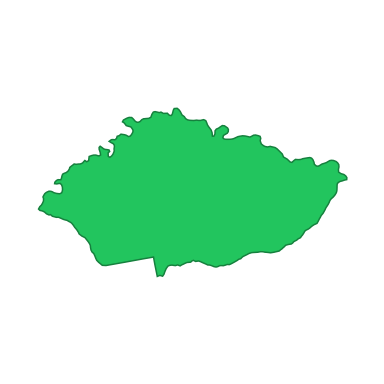 the district of Angélica, Mato Grosso do Sul, Brazil, rotated 327°
{"feature_id": "56859067B10068689760359", "entity_name": "Angélica", "entity_type": "district", "adm_level": 2, "iso_a3": "BRA", "parent_name": "Brazil", "parent_adm1": "Mato Grosso do Sul", "projection": "albers", "projection_center": [-53.859, -22.058], "detail": "fine", "context": "isolated", "style": "filled", "palette": "green", "viewbox_px": 384, "rotation_deg": 327, "n_neighbors": 0, "source": "geoboundaries", "source_scale": "gbopen_adm2", "svg_char_len": 4803}
<svg xmlns="http://www.w3.org/2000/svg" viewBox="0 0 384 384"><g transform="rotate(327 192 192)"><path d="M226.0,118.1L225.8,115.7L225.1,113.7L222.5,112.3L220.9,113.2L219.5,114.5L217.8,116.0L216.3,116.6L214.8,115.3L214.2,112.5L210.8,110.5L209.5,108.1L207.8,107.6L206.5,106.2L204.8,104.5L203.1,103.9L200.7,105.0L198.2,106.9L195.9,106.7L193.5,105.4L191.2,104.2L189.3,104.0L186.8,104.6L185.0,104.3L183.7,103.4L182.9,101.6L182.5,98.6L182.0,96.7L179.9,95.2L178.0,94.7L176.4,94.5L173.7,94.3L171.9,95.3L172.7,96.9L172.9,98.8L173.0,100.5L174.5,102.3L176.1,104.0L176.3,106.0L176.2,107.9L175.3,109.3L173.9,110.2L172.4,110.9L170.7,111.5L168.8,110.8L167.9,108.8L166.7,107.3L163.9,104.8L161.6,105.1L159.6,104.5L157.8,106.0L155.7,106.2L154.2,104.9L152.8,104.2L150.1,104.4L151.0,106.4L152.2,108.5L152.4,110.0L151.7,111.6L150.1,113.4L149.1,115.3L146.4,117.2L144.3,118.0L142.1,118.2L141.2,116.6L142.1,114.9L143.1,113.4L145.0,113.2L145.3,111.6L144.0,110.3L142.5,109.1L141.4,107.7L140.7,105.6L139.9,103.6L138.4,104.0L137.4,105.6L136.6,108.7L135.5,111.2L133.6,111.1L132.6,110.0L131.4,108.6L129.7,107.5L127.7,106.8L125.1,106.2L123.9,107.6L122.4,109.4L120.2,109.3L119.3,107.2L117.6,107.6L116.0,108.1L113.7,107.7L111.8,106.6L109.9,105.7L108.4,104.3L106.6,104.5L104.9,104.6L102.9,104.8L101.6,106.0L99.3,107.0L96.9,107.2L95.0,106.7L93.2,106.6L91.6,107.8L90.2,109.2L88.7,110.3L86.3,108.7L84.6,108.5L82.3,109.1L81.3,110.2L83.0,111.6L84.6,112.2L86.2,113.1L86.5,115.1L86.0,117.2L84.7,119.5L83.5,120.8L82.2,121.7L80.0,121.4L77.6,119.4L75.8,117.4L75.0,115.8L74.0,114.5L72.4,113.4L69.7,113.0L67.7,113.2L65.8,114.1L64.3,115.0L63.9,116.7L62.5,118.7L60.5,120.0L58.5,121.0L56.4,121.4L54.0,122.7L54.4,124.6L56.2,126.4L57.4,128.4L58.1,131.1L59.6,133.4L61.0,133.9L61.7,136.3L64.4,139.3L66.3,140.5L67.4,142.1L69.3,145.0L70.6,146.5L71.8,147.8L72.6,149.5L73.5,151.0L74.1,152.5L74.4,155.3L74.4,157.6L74.8,160.8L74.8,162.4L74.8,164.0L74.5,165.7L75.1,167.4L75.6,168.9L77.4,172.0L77.9,177.2L77.9,179.9L77.6,181.5L76.6,183.4L75.7,185.7L75.5,188.1L76.1,190.1L75.7,192.8L75.2,195.1L74.9,197.4L75.4,200.1L76.1,202.2L76.8,204.6L79.8,206.8L97.5,214.3L115.0,221.6L124.3,225.6L123.2,228.2L121.4,232.5L116.9,243.9L119.6,244.4L121.5,246.6L123.7,245.7L125.6,244.2L128.6,242.2L130.3,241.5L131.8,241.0L133.6,241.5L135.4,242.4L136.8,243.7L138.0,244.7L140.2,245.3L141.8,247.5L143.6,247.5L145.5,247.8L148.1,248.1L149.7,248.5L151.1,249.3L152.7,250.1L154.6,249.8L156.0,250.1L157.2,252.2L159.9,253.4L161.3,255.2L162.6,257.3L164.1,259.5L165.5,261.8L167.2,263.0L168.6,264.8L169.8,266.6L171.3,268.0L172.9,268.6L175.2,268.9L176.7,269.8L178.2,270.9L180.2,271.5L182.0,271.9L183.7,273.2L185.4,273.5L187.6,273.7L190.5,273.9L192.5,274.0L194.7,273.9L196.5,274.5L198.0,274.1L199.5,273.9L201.4,274.1L203.8,274.4L206.3,274.6L208.9,275.3L210.6,276.2L214.3,278.3L217.0,279.4L219.0,280.8L220.3,282.1L222.6,283.9L224.8,285.8L227.8,287.1L230.0,287.9L231.6,288.5L233.1,289.0L234.8,288.7L236.3,288.7L237.8,288.4L239.4,288.2L241.6,287.7L243.7,288.3L245.2,288.9L247.0,289.7L248.7,289.6L250.1,289.1L251.9,289.2L253.5,289.4L255.7,289.1L258.1,289.4L259.7,288.7L261.4,288.2L263.4,287.3L265.2,286.3L267.2,286.1L268.8,286.4L270.9,286.4L273.4,286.0L275.0,285.9L276.7,285.9L279.7,286.4L282.2,285.1L284.2,283.9L285.7,283.2L287.5,282.1L290.4,281.2L293.8,279.4L295.8,278.1L297.3,277.5L299.5,276.5L301.4,275.4L303.1,274.2L305.1,273.5L307.4,273.2L309.9,272.5L312.1,271.5L313.4,270.6L314.6,269.3L316.1,267.2L317.1,265.7L318.1,264.4L319.8,263.7L322.0,263.8L324.0,264.5L326.5,265.1L328.5,265.9L329.7,264.3L329.7,262.2L328.9,260.0L327.0,257.8L325.8,255.2L327.1,252.8L328.9,251.0L330.0,249.0L330.0,246.7L329.4,244.8L327.8,242.6L326.1,241.3L324.6,240.7L322.8,240.6L320.5,240.5L318.2,239.9L316.1,239.3L313.7,239.3L311.9,239.1L310.5,238.0L309.7,235.4L310.5,233.5L311.0,230.7L310.7,228.7L309.6,227.3L307.7,226.4L305.2,225.3L303.1,224.4L301.6,224.1L300.2,223.6L298.3,222.4L296.5,221.0L294.1,221.2L291.9,221.6L290.7,220.4L290.3,218.7L289.7,216.2L287.8,212.5L288.4,209.3L287.6,205.5L286.8,202.0L285.9,200.0L284.8,198.8L283.7,197.7L282.4,196.3L279.9,195.4L277.9,193.4L277.0,191.6L276.3,189.4L277.1,186.1L278.9,184.4L279.4,182.4L278.2,180.8L276.3,178.8L274.6,177.9L272.1,177.7L270.5,177.5L269.2,176.1L267.1,174.0L265.0,172.4L262.5,171.3L260.7,170.6L258.6,170.3L256.4,170.0L254.6,169.5L252.8,168.6L250.7,167.3L249.2,166.3L247.9,165.2L247.4,163.3L249.2,161.7L251.8,161.8L253.6,161.9L255.3,161.1L256.6,159.3L256.7,157.6L255.3,154.2L253.6,152.8L250.6,152.8L249.0,152.9L246.7,152.5L244.7,153.2L242.9,155.8L240.7,157.1L239.5,156.3L241.1,153.3L241.8,150.4L241.5,146.3L241.5,144.3L242.1,141.7L242.4,139.6L241.2,137.7L239.6,137.1L238.1,136.6L236.7,135.7L234.9,134.2L232.4,133.0L231.0,132.0L229.1,130.6L227.5,129.0L226.6,126.9L226.6,124.6L225.6,121.9L226.0,118.1Z" fill="#22c55e" stroke="#15803d" stroke-width="1.5"/></g></svg>